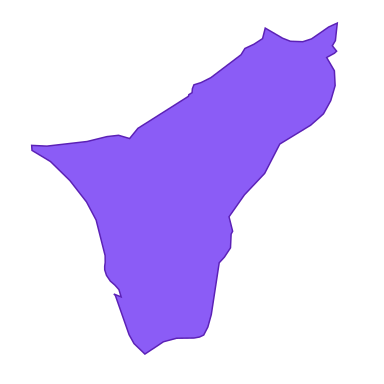 map outline of Western (Natural Earth projection), rotated 86°
{"feature_id": "SLE-761", "entity_name": "Western", "entity_type": "Province", "adm_level": 1, "iso_a3": "SLE", "parent_name": "Sierra Leone", "parent_adm1": "", "projection": "natural_earth1", "projection_center": [-13.113, 8.336], "detail": "fine", "context": "isolated", "style": "filled", "palette": "violet", "viewbox_px": 384, "rotation_deg": 86, "n_neighbors": 0, "source": "natural_earth", "source_scale": "10m", "svg_char_len": 993}
<svg xmlns="http://www.w3.org/2000/svg" viewBox="0 0 384 384"><g transform="rotate(86 192 192)"><path d="M288.3,277.1L291.7,270.0L284.3,271.7L279.5,275.4L275.3,279.6L269.3,283.1L263.6,284.5L260.1,284.3L256.2,283.5L249.4,283.1L213.3,289.6L194.6,297.9L172.1,313.0L151.7,331.1L139.4,348.7L134.3,348.7L136.1,333.6L134.3,293.1L130.8,273.0L130.3,261.3L134.3,250.5L124.7,241.5L96.3,188.9L94.7,188.4L92.9,185.0L89.0,184.4L85.2,182.6L83.5,175.4L79.3,165.3L58.5,133.5L52.5,129.2L48.9,119.9L43.9,110.9L33.6,107.5L44.9,90.9L48.5,83.3L49.8,71.0L47.6,62.1L36.9,44.1L33.6,35.3L51.0,38.4L55.9,41.8L61.6,37.9L63.5,40.2L67.2,48.3L81.0,41.5L95.9,41.8L110.5,47.2L123.2,55.4L133.6,68.9L150.3,101.1L178.5,118.2L198.5,139.9L219.3,156.8L234.0,154.2L236.7,155.9L250.4,157.5L259.2,164.2L264.5,169.8L315.6,181.3L327.8,185.6L335.5,190.3L337.2,194.6L337.8,200.1L336.8,217.6L339.4,230.9L350.4,250.3L339.2,260.4L330.0,264.7L289.8,275.7L288.5,276.9L288.3,277.1Z" fill="#8b5cf6" stroke="#5b21b6" stroke-width="1.5"/></g></svg>